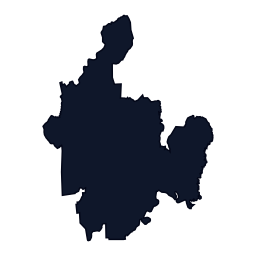 the district of Phu Giao, Bình Phước, Vietnam
{"feature_id": "81297802B21040073838815", "entity_name": "Phu Giao", "entity_type": "district", "adm_level": 2, "iso_a3": "VNM", "parent_name": "Vietnam", "parent_adm1": "Bình Phước", "projection": "equal_earth", "projection_center": [106.819, 11.34], "detail": "fine", "context": "isolated", "style": "filled", "palette": "ink", "viewbox_px": 256, "rotation_deg": 0, "n_neighbors": 0, "source": "geoboundaries", "source_scale": "gbopen_adm2", "svg_char_len": 5904}
<svg xmlns="http://www.w3.org/2000/svg" viewBox="0 0 256 256"><path d="M191.1,208.5L191.4,206.9L193.9,204.7L190.2,204.5L191.1,203.6L190.9,203.1L189.8,202.6L189.6,200.8L189.9,200.3L190.5,200.1L191.8,201.1L192.5,200.0L193.3,199.4L193.5,199.7L193.5,201.0L193.9,201.1L194.2,199.5L194.9,200.4L196.0,200.5L196.7,200.3L197.1,199.1L198.3,198.1L198.8,198.1L199.4,199.0L200.3,198.9L201.1,198.2L201.1,196.8L200.3,195.9L199.3,195.8L198.7,196.5L198.3,196.3L198.4,195.7L199.3,194.8L199.1,194.0L199.2,192.5L198.0,191.9L197.7,191.2L197.8,189.6L198.7,189.6L198.8,187.8L198.7,187.5L198.1,187.8L198.0,187.3L198.8,186.2L198.0,185.4L197.8,184.2L197.1,184.0L197.0,183.7L197.5,183.0L198.0,183.0L198.5,183.7L199.1,183.5L199.2,183.1L197.9,181.3L198.9,181.1L198.9,180.0L197.6,179.1L197.4,178.6L198.0,177.8L200.3,177.8L200.7,177.4L200.5,176.4L200.7,175.6L200.1,173.7L200.7,173.0L201.1,173.9L201.3,173.7L201.2,173.0L201.9,173.1L202.1,172.6L202.2,171.8L201.5,170.8L202.1,170.7L202.8,168.3L202.1,166.8L203.8,167.0L203.8,166.3L204.5,166.0L204.6,165.3L205.3,165.1L205.4,163.2L206.4,162.8L206.8,162.3L206.6,161.2L204.3,159.9L204.6,159.4L205.8,160.0L205.8,159.1L205.3,158.2L205.8,156.1L205.0,156.1L205.7,155.4L205.8,154.8L205.5,154.2L204.4,153.5L204.8,151.3L204.2,151.3L204.0,150.9L205.3,149.8L204.9,149.5L204.7,148.3L205.3,148.1L205.7,148.6L205.9,148.1L206.6,148.3L206.4,147.7L207.0,147.1L206.8,146.6L207.3,146.0L207.5,145.1L207.9,145.0L208.1,144.1L208.5,144.6L209.6,144.2L209.9,143.8L209.7,143.2L210.1,141.7L211.2,141.5L211.3,141.1L211.7,141.4L212.3,140.9L212.8,137.6L212.4,137.3L212.9,135.9L212.5,135.2L212.6,134.7L212.1,134.3L212.2,132.7L211.5,132.2L211.9,130.2L211.8,128.7L210.6,127.7L210.3,126.6L209.3,125.5L209.0,123.3L207.4,122.0L205.8,119.0L202.1,117.1L200.8,117.6L200.2,116.7L198.0,116.9L196.8,116.6L195.2,118.4L194.5,118.6L194.1,118.1L193.5,115.7L192.7,115.6L191.4,116.6L190.5,116.6L187.7,118.1L185.9,122.0L185.9,124.0L185.2,125.2L185.2,126.0L184.4,126.2L184.0,127.2L175.9,126.7L171.1,134.7L168.9,136.8L167.9,139.3L167.3,141.8L167.5,142.9L168.4,144.3L169.1,147.4L169.8,148.4L170.2,151.2L170.1,151.8L169.3,150.5L167.6,150.2L166.7,149.1L165.5,148.7L165.3,149.3L164.7,149.4L164.8,148.5L165.4,147.5L165.3,146.4L163.5,146.8L161.4,146.2L160.3,146.7L160.3,144.5L159.4,141.5L159.9,139.2L159.9,137.4L159.4,136.0L161.2,131.0L162.9,130.9L163.7,128.1L163.6,126.0L162.7,124.5L161.6,123.7L160.3,123.7L160.2,123.3L160.6,121.9L161.0,121.4L162.0,121.2L162.1,120.7L161.5,119.7L160.9,120.3L159.7,118.4L159.6,117.3L160.1,114.6L159.9,114.3L159.2,114.6L158.8,112.9L158.8,112.0L160.3,112.9L161.0,111.9L161.1,111.3L160.7,110.8L160.9,109.5L160.4,108.5L160.5,106.5L159.5,105.9L160.3,103.8L160.0,103.0L160.0,101.9L159.5,102.0L158.8,100.7L157.9,100.6L156.5,101.2L155.0,101.1L153.0,101.7L151.0,101.8L147.6,97.9L143.5,97.9L142.6,95.1L137.9,100.2L135.2,101.3L134.3,101.3L133.2,100.0L131.3,99.1L129.9,97.8L128.4,98.7L127.6,97.5L126.6,98.6L125.6,98.6L125.0,98.2L120.5,98.0L121.1,84.0L114.4,84.3L112.3,77.6L112.2,64.0L113.3,63.5L116.1,63.9L118.6,63.0L121.0,60.2L122.8,59.7L123.0,58.8L124.5,56.6L124.9,55.4L126.6,52.2L127.2,51.8L128.1,49.7L130.0,48.4L132.1,45.3L132.3,43.8L132.1,40.9L132.4,39.3L133.2,38.3L130.8,30.0L130.3,22.4L128.7,18.5L127.2,15.9L125.0,16.0L124.0,15.4L123.2,15.8L122.8,16.6L120.6,17.3L120.3,17.9L118.8,18.2L117.6,19.4L117.5,20.4L116.4,20.8L114.3,22.4L113.2,22.7L112.5,22.2L111.5,22.2L111.2,22.7L110.9,24.2L109.4,23.7L108.6,23.8L105.9,26.1L103.6,26.5L103.0,29.8L101.4,32.2L101.3,33.0L102.7,37.3L102.7,41.7L105.2,44.1L105.1,45.2L104.0,47.8L101.7,50.2L96.9,53.2L96.5,54.5L96.8,58.1L96.1,59.1L94.2,59.9L92.8,59.9L89.1,59.1L88.3,59.7L88.0,61.7L88.3,65.8L87.0,66.9L84.6,66.4L83.7,66.9L83.6,69.4L84.2,72.4L82.2,75.3L80.2,77.3L78.7,79.7L79.5,82.2L79.4,83.4L79.0,83.8L76.1,86.1L75.5,85.3L73.9,84.5L72.6,81.4L72.3,81.3L69.7,82.3L69.4,84.3L68.6,84.6L66.5,86.8L64.5,84.0L62.3,85.0L61.8,82.1L60.0,82.8L62.5,94.5L60.6,96.3L60.5,96.9L61.0,97.6L61.4,97.5L62.3,101.6L61.7,102.5L61.8,103.0L61.5,103.6L61.9,105.7L61.4,106.6L61.6,107.5L61.5,108.8L61.1,109.2L61.5,110.0L61.2,110.9L60.7,111.4L60.6,113.3L60.2,113.5L60.5,114.5L59.5,115.5L59.6,117.2L58.5,117.1L58.1,117.6L57.6,117.1L56.9,117.5L55.8,116.8L55.4,117.4L54.8,117.3L51.8,115.7L51.2,115.9L48.5,119.8L48.1,121.1L47.3,122.1L45.4,123.5L43.1,126.3L44.2,129.1L44.1,132.1L44.5,134.7L46.3,138.0L47.2,138.9L47.7,139.8L48.5,140.4L50.4,143.2L51.2,143.6L53.6,143.5L54.8,145.9L57.4,148.3L59.3,147.4L59.0,147.0L59.5,146.4L60.2,146.4L60.4,145.9L61.0,146.0L61.6,145.4L62.0,147.1L62.3,150.8L61.6,171.9L62.4,195.3L75.0,193.4L75.2,192.8L78.5,191.2L79.3,188.9L80.2,187.7L81.6,187.8L83.0,189.3L85.5,187.9L85.4,192.8L82.7,192.8L82.8,195.9L82.0,196.8L80.5,200.2L78.9,202.0L77.2,202.2L77.5,204.1L76.1,204.4L77.0,213.1L79.6,212.7L80.2,223.0L85.7,228.8L87.5,239.6L87.8,240.4L88.4,240.6L90.0,240.1L91.3,237.5L91.5,235.7L91.4,233.5L92.6,231.5L97.2,230.7L99.2,231.1L100.5,229.8L101.8,227.6L101.7,226.3L102.5,224.2L103.1,223.7L105.8,223.6L106.1,237.7L108.4,237.7L109.3,238.8L109.2,239.4L123.5,239.4L125.3,239.1L124.9,236.4L125.7,236.1L125.7,235.5L127.1,234.7L127.6,235.4L131.0,231.9L131.8,231.9L132.4,231.0L135.0,229.7L136.2,227.0L139.0,224.9L139.8,219.7L141.6,219.0L141.6,220.4L141.9,221.3L144.9,224.2L146.0,224.2L148.1,222.3L149.7,221.7L150.3,220.6L150.3,219.4L150.0,218.7L148.4,217.7L147.1,217.4L143.8,218.1L143.6,217.6L143.9,216.2L145.9,211.8L146.5,211.1L147.8,210.8L149.9,211.8L151.2,211.3L153.3,206.9L154.3,206.1L155.4,205.9L157.1,204.8L158.4,203.4L158.6,201.1L158.1,200.2L156.1,199.3L155.6,197.0L156.4,191.3L157.4,191.3L158.8,190.2L161.8,192.1L165.3,192.4L167.3,193.3L168.9,195.2L172.8,197.1L175.0,199.6L175.5,199.5L175.9,198.8L176.4,196.1L175.1,193.8L174.9,192.4L175.4,191.7L176.3,191.6L178.0,194.2L178.7,196.7L178.3,198.1L176.5,200.0L176.4,201.2L176.8,202.0L177.5,202.6L178.8,202.6L184.9,199.9L185.7,200.1L186.3,201.1L186.7,203.4L188.0,207.2L189.7,208.5L191.1,208.5Z" fill="#0f172a" stroke="#020617" stroke-width="1.5"/></svg>